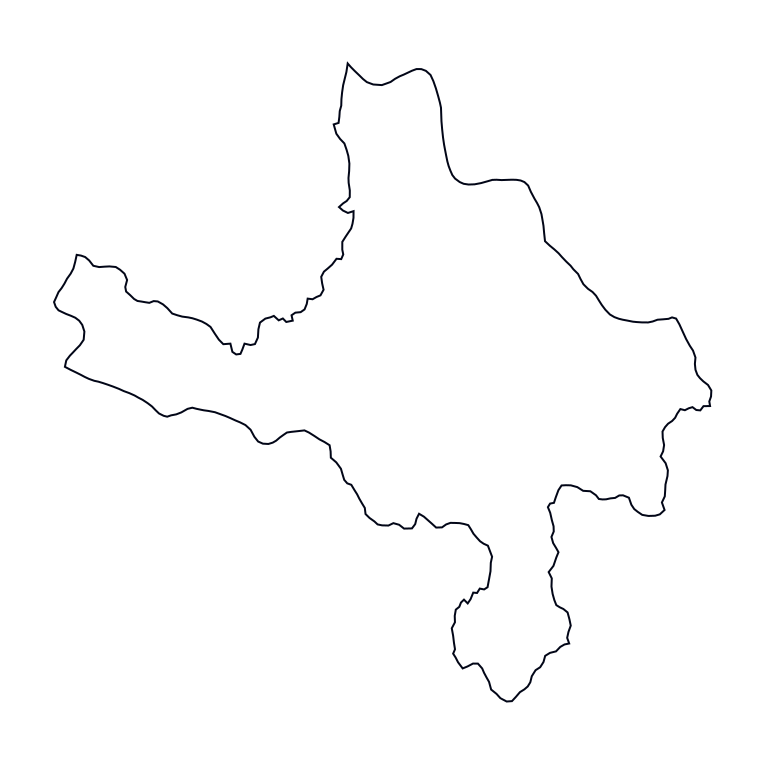 Boa Esperança, Minas Gerais, Brazil (Equal Earth projection), rotated 358°
{"feature_id": "56859067B93619911659147", "entity_name": "Boa Esperança", "entity_type": "district", "adm_level": 2, "iso_a3": "BRA", "parent_name": "Brazil", "parent_adm1": "Minas Gerais", "projection": "equal_earth", "projection_center": [-45.644, -21.057], "detail": "fine", "context": "isolated", "style": "outline", "palette": "ink", "viewbox_px": 768, "rotation_deg": 358, "n_neighbors": 0, "source": "geoboundaries", "source_scale": "gbopen_adm2", "svg_char_len": 5694}
<svg xmlns="http://www.w3.org/2000/svg" viewBox="0 0 768 768"><g transform="rotate(358 384 384)"><path d="M535.0,190.7L531.4,187.1L527.7,185.4L523.7,184.6L519.3,184.3L513.8,184.3L508.6,184.3L503.5,183.8L499.4,183.8L494.2,185.1L488.0,186.6L481.5,187.6L475.5,187.6L470.6,186.7L466.7,184.8L462.2,181.2L459.6,177.6L457.8,173.1L456.2,168.4L455.1,163.8L454.1,157.9L453.2,152.2L452.4,146.9L451.6,139.7L451.0,131.4L450.6,123.5L450.6,116.6L450.6,109.9L449.7,104.8L448.2,98.3L446.2,90.4L443.9,83.0L441.3,76.8L436.8,72.5L432.3,70.6L427.4,70.4L422.9,71.9L418.7,73.7L414.5,75.5L410.5,77.0L405.7,79.4L401.1,82.4L397.1,83.7L392.3,85.2L383.7,84.3L377.4,81.7L373.6,78.4L370.1,74.7L365.9,70.4L362.1,66.3L358.9,62.4L357.3,70.9L355.4,77.6L353.6,84.0L352.3,91.2L351.4,97.9L351.0,104.3L349.3,109.7L348.7,115.5L347.7,121.5L342.8,122.8L345.1,132.2L348.7,137.6L352.8,142.2L354.8,148.7L356.3,154.8L357.1,162.5L356.6,170.0L355.7,176.9L355.7,181.7L356.6,189.4L356.3,196.1L353.1,199.8L349.5,202.0L345.2,205.6L349.0,209.2L353.9,211.8L359.6,210.2L359.3,216.9L358.1,222.8L356.6,227.4L353.4,231.8L350.8,235.4L347.3,240.5L347.0,248.3L347.8,253.1L345.6,257.7L340.9,257.2L336.3,262.9L331.7,266.7L327.9,269.6L325.0,274.7L325.7,281.3L326.9,287.7L323.6,293.2L319.6,294.7L315.6,296.8L310.7,296.0L309.6,301.3L307.2,306.7L303.2,309.3L297.9,309.6L294.0,312.1L295.0,317.5L288.5,318.6L285.2,315.0L281.0,316.7L276.3,312.1L272.8,313.4L267.7,314.5L262.2,318.3L260.4,324.9L259.6,333.2L256.4,339.6L252.0,340.4L246.0,338.8L243.6,344.7L241.6,348.9L237.3,349.3L233.6,346.6L231.9,338.3L224.8,338.6L220.5,333.9L216.8,328.0L212.6,320.9L208.6,317.8L204.2,315.2L199.1,313.1L194.8,311.6L190.7,310.6L184.7,309.6L179.9,308.1L174.8,306.2L170.1,300.6L165.9,296.7L160.8,293.6L156.7,293.1L152.3,294.7L148.1,293.9L144.3,293.1L140.5,292.4L137.2,290.3L133.6,286.5L129.5,282.6L128.8,278.0L130.9,271.1L128.5,264.7L124.2,260.6L120.0,257.7L113.6,256.9L108.3,257.0L103.4,257.2L97.6,255.7L93.7,250.3L89.8,246.7L85.7,245.1L81.4,244.2L79.6,251.3L77.6,257.8L74.7,262.8L70.9,267.7L68.1,272.6L65.1,277.0L61.9,280.8L59.4,286.0L57.1,290.6L58.6,295.4L61.3,299.0L64.7,300.8L68.8,302.9L73.5,304.9L77.8,307.0L81.6,310.1L84.5,314.4L86.4,321.1L85.4,329.3L81.4,334.7L77.6,338.3L74.0,341.9L71.1,344.7L67.3,349.3L65.7,355.7L71.3,358.9L77.0,361.9L81.4,364.3L85.2,366.5L89.3,368.6L94.6,370.7L98.6,371.7L103.0,373.2L107.8,375.0L113.1,377.1L118.9,379.6L123.7,382.0L129.1,384.2L134.4,386.8L138.1,389.1L142.2,391.4L147.0,394.8L151.4,398.4L154.8,402.2L158.1,405.6L162.7,408.1L166.2,409.1L170.1,407.9L175.3,407.1L180.5,405.3L186.8,402.0L191.6,401.0L195.6,402.2L199.6,403.2L203.0,404.0L207.6,404.8L214.1,406.3L219.3,408.4L224.3,410.4L228.8,412.5L234.4,415.3L238.8,417.3L244.1,420.2L249.1,425.1L252.6,432.2L256.2,437.1L260.9,439.4L266.4,439.9L270.8,438.7L274.2,436.9L278.1,433.8L282.0,431.2L285.3,429.1L289.7,428.6L295.2,428.2L302.9,427.6L307.3,429.9L312.6,433.5L317.6,437.1L322.5,439.9L327.5,443.3L328.3,449.5L328.3,455.8L333.6,460.7L338.0,467.2L339.6,473.5L340.9,478.4L343.8,482.0L347.8,483.6L350.9,489.2L353.3,493.3L355.3,497.7L357.9,502.6L360.5,507.2L361.0,513.3L364.9,517.4L369.6,521.0L372.7,524.1L377.1,525.2L383.5,525.6L388.5,523.4L394.2,525.2L399.0,529.2L406.9,529.3L410.3,525.1L411.8,519.8L414.5,514.9L419.3,518.0L423.3,521.8L426.8,525.1L431.1,529.3L437.0,529.3L441.2,526.5L445.6,525.1L451.0,525.4L454.8,525.7L459.1,526.7L463.3,528.0L465.7,532.1L468.2,536.8L471.3,540.7L474.5,544.5L478.0,547.1L482.2,549.2L484.0,554.5L486.0,560.4L484.5,566.4L483.9,574.8L482.2,582.6L480.4,590.7L476.9,592.8L472.6,591.8L469.7,596.1L465.9,595.6L463.0,602.1L460.0,606.2L456.4,602.3L453.3,605.1L451.5,609.3L447.9,612.0L446.6,618.2L446.6,624.6L443.2,630.5L444.3,638.0L444.9,645.2L445.7,651.6L443.7,655.9L446.0,659.8L448.3,664.7L452.7,671.0L457.6,669.2L463.2,666.5L468.1,666.7L472.2,671.7L473.9,676.1L476.2,680.8L478.6,685.4L480.4,693.1L485.6,697.6L489.4,702.1L495.5,705.6L500.8,705.4L504.7,701.5L509.1,696.7L513.6,694.1L517.1,691.3L519.8,687.2L521.5,681.2L525.5,675.3L530.2,672.5L533.7,667.4L535.6,661.3L540.5,658.5L546.6,657.2L551.0,652.9L555.3,650.6L560.0,649.8L558.2,644.1L559.7,638.2L562.2,632.0L561.1,625.6L559.5,618.7L555.4,615.1L551.9,613.3L548.5,611.0L546.7,605.9L545.2,599.7L544.3,592.3L544.9,584.1L542.0,577.7L547.0,571.7L550.2,563.3L552.5,558.2L550.4,554.1L547.5,548.9L546.0,542.7L548.5,537.3L548.5,532.1L547.0,525.9L545.6,518.5L543.5,512.8L545.8,509.3L549.7,508.7L551.7,503.3L554.6,496.2L557.9,491.6L562.2,491.5L567.2,491.8L573.6,493.8L579.3,497.7L586.5,498.4L592.0,502.6L594.7,506.4L598.4,507.0L601.9,507.0L606.3,506.2L611.0,505.9L615.2,503.6L619.0,503.6L624.8,506.2L627.0,513.3L629.7,517.7L633.1,520.6L637.5,523.8L643.7,525.1L650.4,525.1L655.1,523.9L660.0,519.7L657.6,512.1L660.7,506.1L661.3,500.2L661.8,494.3L664.1,485.9L664.7,480.2L662.7,473.0L657.9,466.1L660.6,461.0L661.8,454.8L660.7,447.6L660.7,441.2L663.4,436.9L666.5,433.6L670.7,431.0L673.8,427.9L675.9,424.0L679.3,419.4L683.8,420.7L687.7,418.9L691.5,417.9L695.2,420.9L699.2,421.4L702.5,417.3L709.1,417.4L708.5,412.8L710.4,407.9L710.9,401.9L707.8,396.3L703.2,392.5L700.0,389.2L697.5,385.8L695.8,380.7L695.4,374.8L696.2,368.4L694.0,361.4L691.0,356.5L687.5,349.6L684.7,342.9L681.3,334.7L678.2,328.8L674.2,327.5L670.6,328.8L665.0,329.1L659.6,329.3L654.7,330.9L650.1,331.7L643.6,331.4L638.6,330.9L634.9,330.4L629.4,329.1L624.9,328.1L621.0,327.0L616.6,325.2L612.2,322.4L607.8,317.5L604.4,312.6L601.7,308.0L599.0,303.2L595.6,299.3L591.2,296.0L586.8,291.3L584.1,286.0L581.8,280.8L577.3,276.0L574.6,272.3L570.4,268.0L566.3,263.4L563.1,259.5L558.9,255.4L554.6,251.6L549.9,246.9L549.3,238.7L548.9,231.5L548.2,226.2L547.3,219.7L545.3,212.8L543.3,208.5L540.9,204.1L537.5,197.1L535.0,190.7Z" fill="none" stroke="#020617" stroke-width="2"/></g></svg>